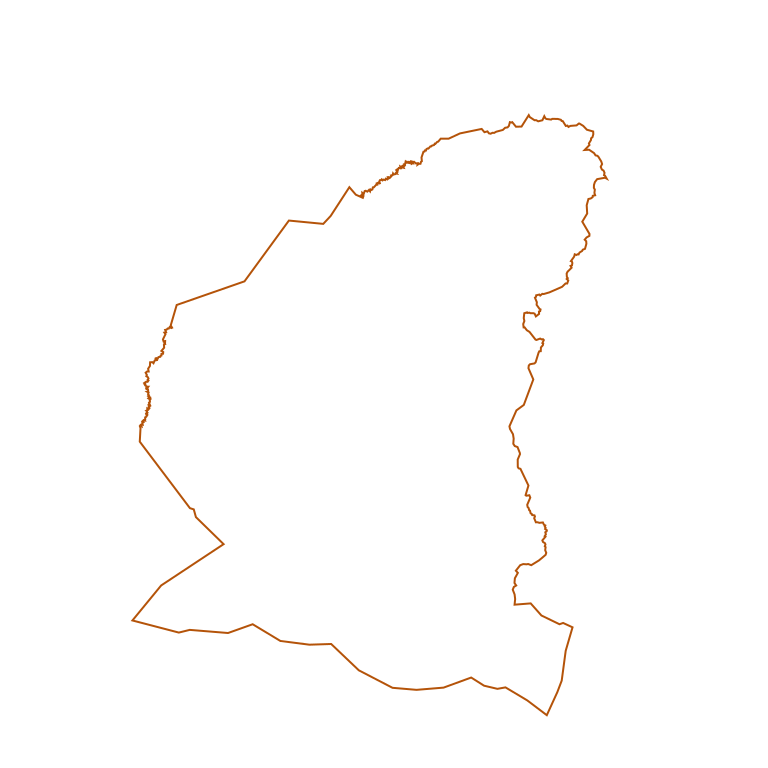 Xalx gol, Dornod, Mongolia, rotated 282°
{"feature_id": "93677404B3085807680593", "entity_name": "Xalx gol", "entity_type": "district", "adm_level": 2, "iso_a3": "MNG", "parent_name": "Mongolia", "parent_adm1": "Dornod", "projection": "albers", "projection_center": [119.062, 47.201], "detail": "fine", "context": "isolated", "style": "outline", "palette": "amber", "viewbox_px": 768, "rotation_deg": 282, "n_neighbors": 0, "source": "geoboundaries", "source_scale": "gbopen_adm2", "svg_char_len": 6159}
<svg xmlns="http://www.w3.org/2000/svg" viewBox="0 0 768 768"><g transform="rotate(282 384 384)"><path d="M93.9,612.1L118.6,617.6L130.8,619.5L160.8,617.2L185.2,619.0L187.5,608.9L185.5,605.6L190.3,586.1L199.9,573.1L195.3,557.6L200.9,557.0L205.3,555.5L209.6,552.7L212.5,553.2L214.4,555.2L216.5,553.0L221.2,552.4L227.1,554.2L228.8,551.8L235.1,554.9L236.8,557.6L237.3,561.1L237.9,562.4L237.4,565.7L243.7,572.3L250.5,577.6L252.6,577.8L255.0,576.2L258.0,576.0L258.7,575.0L260.6,575.3L261.7,574.6L262.6,572.3L264.0,571.4L268.2,573.7L268.6,572.8L270.6,573.6L272.5,572.6L273.7,573.7L274.8,573.7L275.7,571.7L276.9,572.0L277.9,570.9L279.2,571.2L279.6,569.7L281.6,568.2L280.5,564.8L280.7,562.9L280.3,561.3L284.0,558.8L285.7,559.2L286.8,558.5L286.6,556.2L287.5,555.7L288.0,554.3L290.5,553.1L290.7,552.3L292.8,551.2L293.5,550.1L295.6,549.2L303.3,550.7L305.4,549.3L304.3,546.4L304.7,545.6L314.7,546.4L329.4,535.1L329.5,533.2L330.7,532.1L337.9,530.5L343.7,531.6L344.8,531.2L350.1,527.7L350.5,524.8L352.4,522.9L357.5,522.2L361.7,520.6L366.2,516.6L368.7,515.5L385.7,519.0L392.6,525.1L419.5,529.1L429.5,522.0L432.2,521.8L433.7,522.7L435.4,526.9L436.7,527.8L446.9,528.7L448.3,529.1L448.7,530.5L452.4,529.9L454.9,531.3L456.7,531.3L457.0,530.4L460.2,531.2L460.9,530.2L460.4,528.9L460.9,527.3L458.8,524.0L458.9,523.0L465.2,515.5L466.3,512.5L468.7,509.7L468.4,508.8L471.6,507.7L474.8,508.2L477.5,507.0L482.4,506.5L483.8,509.0L483.3,509.4L484.0,511.5L483.7,512.4L484.3,515.5L484.1,516.7L481.7,518.5L484.8,521.1L487.1,520.5L487.7,521.6L489.5,521.6L489.8,520.5L493.2,516.8L495.8,516.5L499.8,513.7L501.0,514.6L502.4,514.4L503.8,517.4L503.0,518.4L505.1,520.1L505.2,521.5L508.0,526.7L516.1,538.0L520.1,540.7L520.4,542.3L523.6,542.7L524.7,540.9L525.8,541.7L526.8,540.6L530.0,539.7L532.0,540.2L536.7,543.3L538.3,541.9L539.1,543.2L541.5,543.1L542.9,542.3L543.1,541.3L548.1,543.5L550.5,543.6L550.2,545.4L551.3,546.6L551.2,547.4L553.2,547.9L555.3,550.1L556.7,550.5L558.0,552.5L563.3,552.8L565.7,552.1L566.9,550.3L569.5,551.7L571.6,554.1L573.5,553.8L584.0,544.2L593.0,547.3L601.0,545.1L607.5,545.5L608.4,547.6L610.1,549.2L611.5,549.1L612.5,551.3L614.6,550.1L618.0,549.8L619.5,548.5L622.4,548.0L625.4,548.3L628.7,549.9L631.7,557.3L631.2,559.1L633.7,556.9L634.0,555.8L636.4,555.8L638.4,554.4L639.1,552.5L641.5,550.8L644.5,551.6L646.9,550.2L650.9,546.4L651.6,545.3L651.6,543.4L653.5,541.5L655.8,535.9L654.6,531.6L660.5,535.3L661.9,534.4L665.6,535.7L667.4,535.5L668.8,536.6L671.9,536.8L674.5,536.1L674.9,529.6L677.9,525.2L679.4,521.0L679.3,520.4L677.0,518.6L675.2,512.6L673.8,511.0L674.9,509.7L674.2,508.2L678.3,504.2L678.2,502.3L678.5,502.9L679.2,502.1L679.4,498.8L678.3,493.4L677.4,492.5L677.0,487.7L677.4,486.7L679.3,485.1L674.9,484.1L673.0,480.2L673.7,478.0L673.3,476.4L675.4,471.1L677.1,469.7L664.4,465.0L663.1,459.6L666.8,455.0L666.2,454.2L666.3,452.7L662.4,452.5L660.7,451.5L659.8,449.2L657.2,447.4L654.1,441.3L652.5,439.5L652.3,437.9L651.0,436.3L651.0,434.5L652.6,432.7L651.2,429.9L653.8,426.5L644.9,406.2L637.4,396.2L635.8,388.5L632.3,386.6L631.9,385.7L629.5,384.3L629.6,383.7L628.1,383.2L627.2,381.4L626.2,380.8L626.1,380.0L623.5,378.5L623.5,377.7L622.6,376.7L621.1,376.5L621.0,375.5L619.8,375.3L619.4,374.3L613.4,373.6L609.8,374.7L609.0,374.0L607.0,373.9L606.6,372.3L605.4,371.2L607.0,371.1L606.4,369.3L607.6,367.2L606.8,365.9L606.4,366.7L605.0,365.1L605.6,364.7L606.2,365.0L606.1,365.7L606.8,365.0L607.4,365.4L607.5,363.9L607.0,363.6L606.4,364.4L605.8,363.6L607.2,363.0L605.5,362.9L605.4,361.9L606.1,361.5L605.6,360.9L606.0,360.3L605.4,360.1L606.1,358.9L603.3,358.9L603.1,358.2L602.1,359.0L601.2,358.3L601.9,357.6L601.4,356.9L599.6,358.3L599.6,357.0L599.0,356.1L600.4,356.2L599.8,355.6L600.1,354.8L599.2,355.2L599.6,354.0L598.6,355.0L598.4,353.5L596.4,353.1L596.9,352.5L596.6,352.2L595.7,352.8L595.5,351.7L593.8,352.9L593.1,352.0L592.5,352.7L592.5,351.8L591.9,351.4L590.9,351.6L591.5,351.1L591.0,350.0L591.8,349.1L590.3,349.1L589.5,347.6L588.9,348.1L586.8,346.8L587.4,345.7L587.1,344.7L585.8,345.5L585.0,344.9L585.4,344.5L584.9,344.2L585.2,343.1L583.7,342.7L583.8,341.0L582.9,340.3L583.7,339.2L582.8,338.7L582.5,337.6L581.1,337.3L579.5,338.2L579.1,337.5L580.0,336.9L578.7,335.1L577.5,335.8L577.2,334.9L574.3,333.2L574.0,332.2L571.9,332.2L571.2,331.4L571.5,330.3L569.5,330.3L570.6,328.9L568.7,327.7L569.2,325.9L568.7,325.0L565.7,324.6L566.5,323.0L564.9,323.4L564.0,322.6L564.2,323.7L563.5,323.8L563.4,324.8L561.7,324.6L563.3,317.1L569.3,309.2L537.3,296.9L528.0,291.3L524.1,257.0L455.4,226.2L418.2,164.8L397.0,163.2L395.0,165.0L394.5,164.3L395.1,162.5L393.4,161.9L393.3,160.8L392.0,160.1L391.4,158.7L389.3,160.1L388.6,158.5L387.3,159.9L381.7,158.5L379.9,159.5L380.5,161.0L378.5,161.3L378.2,160.8L377.5,161.6L376.6,160.6L373.8,161.4L370.1,159.4L369.4,161.4L367.7,161.6L367.2,160.1L365.6,160.4L365.2,159.6L364.1,159.5L363.4,157.8L361.8,157.4L362.0,155.8L361.5,155.2L360.6,155.5L360.8,156.6L360.2,156.9L359.3,154.8L356.4,154.2L357.2,152.9L356.6,150.7L353.0,151.3L349.9,150.1L347.3,151.2L346.9,149.6L345.5,148.5L343.5,150.2L342.2,149.9L341.6,151.6L340.4,152.5L338.9,151.9L338.4,152.9L337.0,152.3L336.7,150.8L335.0,149.2L334.5,149.9L334.8,151.2L333.8,150.0L332.9,150.8L332.1,153.1L332.3,154.0L330.7,153.3L330.5,152.7L331.1,152.3L330.4,152.2L329.7,152.7L330.2,153.5L329.6,154.3L327.7,154.9L327.2,153.9L326.7,155.5L325.0,155.3L324.1,156.4L323.2,155.8L322.5,157.4L321.0,156.4L320.7,157.2L321.7,158.4L320.8,158.8L319.6,158.2L317.9,158.8L316.9,158.0L315.0,159.3L315.1,158.1L314.7,157.9L313.8,158.5L313.6,159.5L312.4,158.6L311.6,159.6L310.0,158.8L310.6,157.6L309.2,157.9L308.5,157.1L308.2,157.9L307.1,157.8L306.7,158.5L305.5,157.4L304.8,157.8L305.1,158.7L304.6,159.0L302.4,158.2L301.7,157.3L299.7,157.8L299.1,156.9L298.4,157.7L297.9,155.9L297.2,155.4L296.5,156.4L296.1,155.6L294.1,156.4L294.2,155.4L293.8,154.9L292.3,155.6L292.8,154.2L292.1,153.9L290.2,155.0L276.8,157.1L222.2,220.0L221.8,224.0L214.7,227.7L194.0,260.4L140.6,207.9L100.4,187.1L98.2,235.0L103.1,245.1L108.0,283.2L121.7,305.5L111.1,336.1L113.5,365.2L118.7,386.4L98.7,418.9L88.6,455.5L91.6,479.4L99.4,505.4L115.0,530.3L109.7,544.6L109.4,558.3L112.5,565.9L104.3,589.9L93.9,612.1Z" fill="none" stroke="#b45309" stroke-width="2"/></g></svg>